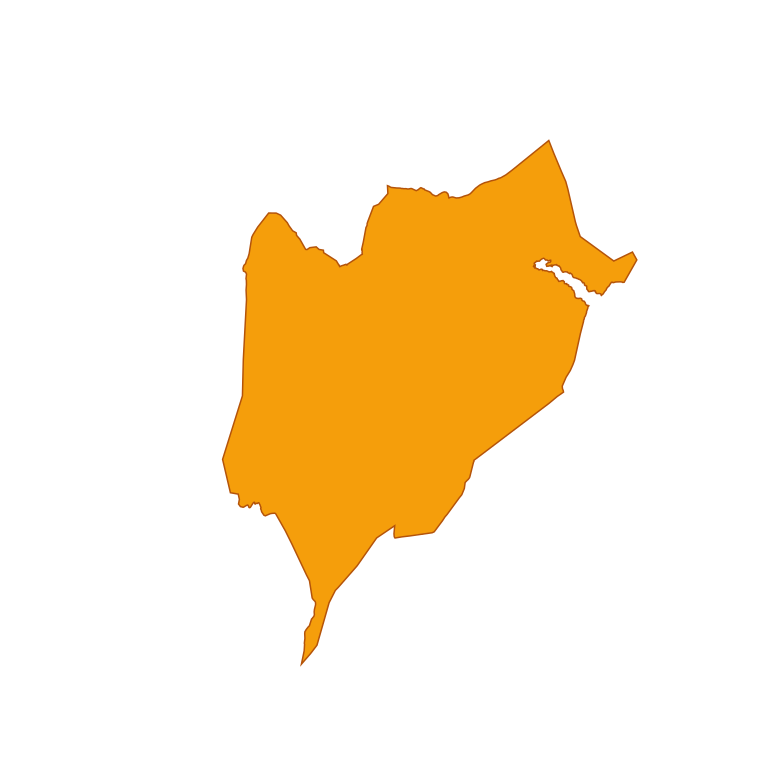 Odda nor, Hordaland, Norway (Natural Earth projection), rotated 114°
{"feature_id": "86288312B11299132347208", "entity_name": "Odda nor", "entity_type": "district", "adm_level": 2, "iso_a3": "NOR", "parent_name": "Norway", "parent_adm1": "Hordaland", "projection": "natural_earth1", "projection_center": [6.638, 59.946], "detail": "fine", "context": "isolated", "style": "filled", "palette": "amber", "viewbox_px": 768, "rotation_deg": 114, "n_neighbors": 0, "source": "geoboundaries", "source_scale": "gbopen_adm2", "svg_char_len": 6086}
<svg xmlns="http://www.w3.org/2000/svg" viewBox="0 0 768 768"><g transform="rotate(114 384 384)"><path d="M167.8,203.5L162.4,210.7L178.2,224.1L169.5,264.7L160.9,272.7L157.8,275.3L131.2,295.3L125.1,300.3L117.7,308.4L104.1,322.8L94.5,332.5L136.8,354.1L143.5,357.8L148.3,361.4L149.5,362.9L151.0,364.1L152.6,365.8L154.9,368.9L157.0,371.2L159.1,373.9L161.6,376.1L163.4,377.5L168.0,380.0L173.9,382.1L175.6,382.9L177.2,384.2L179.8,387.3L181.5,388.9L183.4,391.2L184.7,393.7L185.1,396.9L185.4,397.8L186.2,399.0L187.6,400.3L187.0,400.9L186.1,401.4L184.2,403.1L183.5,405.2L184.0,407.1L185.5,408.7L189.0,411.2L189.9,411.5L191.3,413.2L191.3,416.8L190.0,419.8L190.1,420.2L189.9,421.0L190.1,425.7L189.5,426.6L189.8,427.4L189.8,427.8L189.6,428.0L189.7,429.1L189.6,429.4L189.7,430.2L191.0,431.1L192.3,431.6L194.2,433.1L194.3,433.4L194.2,438.2L194.8,439.5L195.6,440.5L196.2,441.6L196.6,443.4L197.5,445.3L197.8,446.5L198.2,447.3L198.5,449.0L199.8,452.2L200.9,455.6L201.5,457.4L201.5,458.6L201.3,459.9L201.4,461.5L208.5,457.9L222.0,462.0L226.0,465.8L241.9,464.9L244.2,464.7L245.9,464.0L248.4,464.1L262.9,460.6L269.5,459.3L269.7,459.0L269.9,459.2L270.7,458.8L271.3,458.0L273.3,457.3L274.1,456.6L274.4,456.6L274.9,457.2L280.8,460.5L289.3,466.0L290.3,466.2L290.5,466.6L290.1,467.3L290.4,467.8L291.1,468.3L291.3,468.8L291.9,469.2L292.9,470.5L294.8,472.1L294.8,472.3L293.7,473.0L293.8,473.5L290.9,477.6L288.6,492.5L286.4,493.8L287.5,498.1L286.3,501.7L289.6,507.2L292.5,509.0L292.9,510.4L285.9,519.8L283.8,524.3L281.6,525.7L281.2,529.8L278.0,535.3L276.0,537.9L271.8,547.1L271.7,551.9L274.7,558.9L292.0,563.2L300.7,564.4L303.7,564.5L319.8,560.2L324.4,559.6L327.1,559.9L330.4,559.4L332.2,560.1L333.4,560.2L335.9,559.8L338.0,558.3L338.1,556.1L338.4,555.6L339.5,554.3L343.9,552.9L345.3,551.9L349.1,550.1L354.3,548.2L362.9,543.9L418.8,522.5L452.4,508.5L518.5,500.8L545.8,480.1L543.9,472.4L548.2,469.2L552.8,468.1L554.4,465.3L553.9,462.6L553.4,462.0L551.3,460.6L550.1,459.5L550.0,459.2L550.5,458.4L551.7,457.1L551.6,456.3L550.9,455.9L546.2,455.2L545.0,454.7L544.8,454.4L544.8,454.1L546.0,453.4L545.9,452.6L545.1,452.3L544.8,451.9L544.7,451.2L543.7,450.6L543.4,450.1L544.8,448.2L547.0,446.1L548.2,445.9L549.1,444.9L550.5,443.8L552.7,440.4L552.7,438.8L548.7,435.1L547.7,433.6L546.4,431.1L546.7,430.0L558.2,414.5L567.7,403.0L590.0,377.1L594.0,372.1L608.5,362.7L608.9,362.3L609.7,361.0L610.8,358.3L611.8,357.5L613.6,356.7L618.1,355.9L620.6,355.1L623.0,353.8L624.5,353.6L625.1,353.6L626.4,354.1L627.5,354.2L628.1,354.6L635.2,353.8L636.7,354.4L639.9,355.2L642.5,355.5L644.3,354.9L648.5,352.8L653.3,351.3L654.1,350.7L660.2,348.4L673.5,345.5L660.0,341.4L649.9,339.0L606.1,345.2L592.3,344.5L588.5,343.1L561.0,334.6L527.6,328.1L509.1,316.6L516.7,314.0L519.1,312.7L520.0,311.8L520.2,311.3L516.2,305.2L512.4,298.8L500.3,279.5L498.6,278.0L484.8,274.9L480.8,274.3L477.5,273.3L457.2,268.9L453.5,267.9L446.8,268.1L441.0,269.8L438.3,268.9L437.1,268.3L435.0,267.8L434.1,267.8L419.3,270.4L417.9,270.4L417.1,270.8L334.2,225.2L325.0,220.7L318.4,216.7L317.1,217.6L315.6,219.1L313.4,220.3L303.8,220.4L295.9,219.3L289.5,219.3L284.8,219.6L258.0,225.1L246.1,227.1L243.9,227.7L243.2,227.5L241.6,228.0L240.0,227.7L236.5,228.0L235.5,228.4L231.6,228.7L230.6,229.1L229.4,228.7L229.5,229.3L229.2,229.8L229.5,230.0L229.7,230.7L229.6,231.2L228.9,232.5L228.1,233.0L227.4,234.1L227.1,234.4L227.0,234.8L227.2,235.0L227.1,235.6L227.2,236.0L227.1,237.0L226.9,237.3L226.0,237.8L225.7,238.6L225.8,239.5L226.3,240.4L226.8,241.0L226.8,241.5L227.1,241.9L227.1,242.4L227.4,243.0L227.2,243.6L227.2,244.1L226.5,245.2L226.1,245.3L225.8,245.7L225.3,245.8L224.1,246.5L221.6,248.6L221.3,250.0L220.9,251.0L220.2,251.2L219.4,252.0L219.3,253.5L219.6,254.8L219.2,255.4L218.6,255.5L218.4,256.6L218.7,257.3L218.7,257.6L218.0,258.0L218.6,259.0L218.7,259.4L218.8,260.0L217.2,260.9L216.8,262.2L217.0,262.2L217.0,263.1L217.7,264.1L218.8,265.2L218.7,265.9L218.8,266.2L219.0,266.3L218.3,267.1L217.8,268.3L217.1,268.8L216.9,269.6L217.0,270.4L216.5,271.1L215.8,272.0L214.9,272.6L214.6,273.1L213.8,273.4L213.6,273.9L213.7,274.5L213.3,275.4L213.4,276.1L213.0,276.7L213.8,277.6L214.4,278.8L214.4,281.4L215.1,283.0L215.1,283.5L215.3,284.7L215.8,285.3L215.5,285.7L215.1,285.8L214.9,286.5L215.5,287.5L216.6,288.6L216.7,289.4L216.3,289.9L216.2,290.5L216.4,290.9L216.4,291.6L216.6,292.0L216.2,292.7L216.2,293.0L216.5,293.4L215.3,293.7L215.9,294.4L216.0,294.9L215.9,295.2L215.1,295.2L215.3,294.8L215.4,294.5L215.1,294.1L214.8,294.1L213.6,294.2L213.2,295.4L212.6,295.9L211.8,295.7L211.5,295.2L209.6,294.5L209.6,293.9L209.1,293.2L208.5,291.9L207.1,291.5L205.8,290.8L204.3,289.5L204.2,288.5L205.0,287.0L205.0,286.5L204.8,286.3L204.4,285.6L204.8,284.4L204.6,284.0L203.5,282.8L203.1,282.1L203.9,281.6L205.0,281.6L205.7,282.7L206.3,283.3L206.2,283.3L208.7,284.6L210.1,283.4L209.9,283.3L209.9,282.3L208.6,280.8L208.6,280.6L208.1,280.4L208.1,280.1L208.3,279.9L208.2,279.8L207.5,279.5L207.1,279.1L207.5,278.8L208.3,278.9L208.4,278.2L207.0,277.9L205.9,276.8L205.4,275.7L204.8,275.1L205.2,274.4L205.0,274.0L205.2,273.8L205.1,273.1L205.3,272.6L204.9,272.1L206.1,269.9L207.7,268.7L208.5,267.2L208.9,266.8L209.1,266.1L208.9,265.5L208.5,265.3L207.5,263.6L207.4,262.9L207.1,262.2L207.3,262.0L207.4,261.2L207.6,260.8L207.4,259.7L207.6,259.4L206.9,258.8L207.2,258.3L207.1,257.6L207.5,256.7L209.2,255.1L209.6,254.1L209.1,251.6L209.1,250.9L209.2,250.4L208.9,249.9L209.1,248.9L209.0,247.0L209.6,245.2L210.2,244.6L210.2,243.8L210.7,243.4L210.4,243.0L210.4,242.1L211.3,241.4L211.8,241.3L212.2,240.6L212.3,240.0L212.0,239.7L212.1,238.7L214.8,237.3L215.5,235.9L215.5,235.6L216.0,235.0L216.3,234.9L216.3,234.3L215.8,233.4L215.0,232.7L214.8,231.9L213.6,230.9L213.6,230.5L213.2,229.9L213.4,229.8L213.0,229.2L213.3,228.7L213.9,228.4L214.1,228.0L214.0,227.7L214.6,227.3L214.8,226.6L214.8,226.2L213.7,224.0L213.5,222.7L213.7,222.4L214.4,221.9L214.7,221.5L212.5,220.4L210.1,220.1L207.5,219.3L206.2,219.5L203.6,218.7L202.8,218.2L201.6,218.2L198.6,217.6L198.1,216.6L198.3,216.0L197.1,214.4L196.7,214.1L194.5,209.6L194.0,207.8L194.1,207.2L193.4,206.0L167.8,203.5Z" fill="#f59e0b" stroke="#b45309" stroke-width="1.5"/></g></svg>